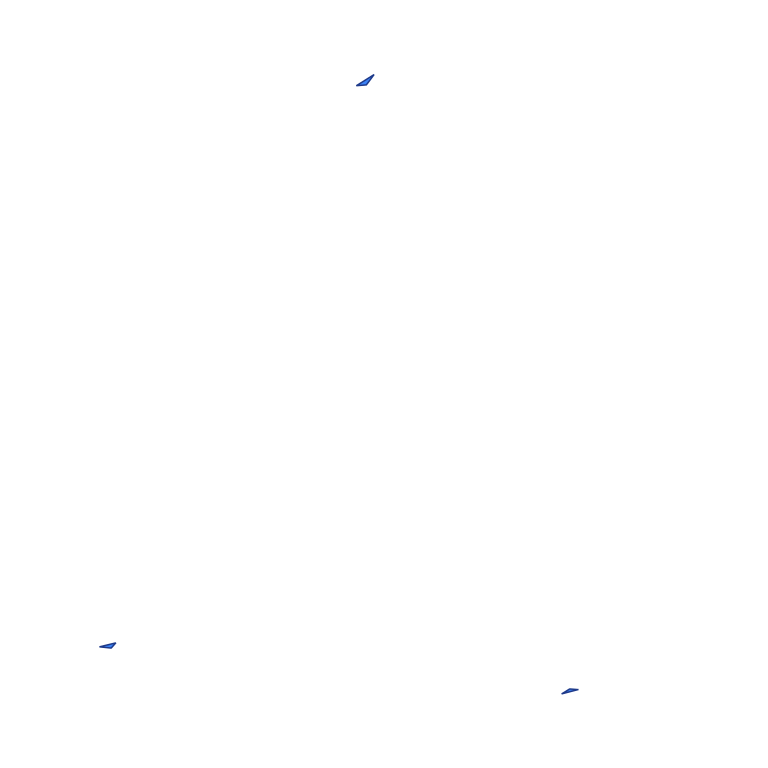 outline of Vaavu, rotated 279°
{"feature_id": "MDV-5235", "entity_name": "Vaavu", "entity_type": "Atoll", "adm_level": 1, "iso_a3": "MDV", "parent_name": "Maldives", "parent_adm1": "", "projection": "equal_earth", "projection_center": [73.599, 3.429], "detail": "fine", "context": "isolated", "style": "filled", "palette": "blue", "viewbox_px": 768, "rotation_deg": 279, "n_neighbors": 0, "source": "natural_earth", "source_scale": "10m", "svg_char_len": 431}
<svg xmlns="http://www.w3.org/2000/svg" viewBox="0 0 768 768"><g transform="rotate(279 384 384)"><path d="M674.3,310.0L674.7,310.5L687.9,325.6L688.1,325.8L683.3,323.3L676.7,319.8L676.3,318.3L674.3,310.0ZM79.9,144.1L86.3,159.5L86.5,159.7L80.7,156.0L80.5,155.7L79.9,144.1ZM105.7,607.9L106.1,608.4L108.3,611.0L111.7,614.9L111.9,615.7L112.5,623.2L112.7,623.9L105.7,607.9Z" fill="#3b82f6" stroke="#1e3a8a" stroke-width="1.5"/></g></svg>